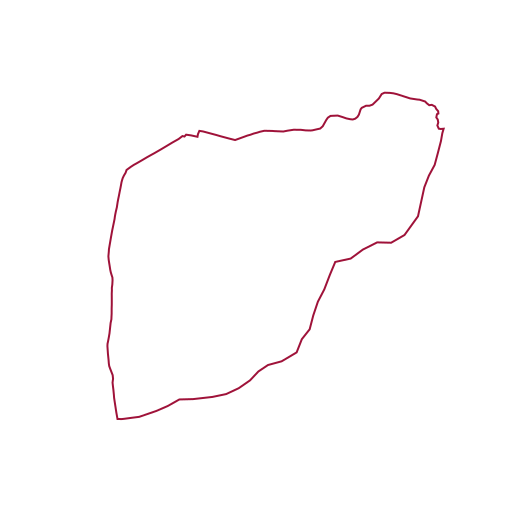 the district of Debubawi Mibrak, Maekel, Eritrea, rotated 15°
{"feature_id": "51966322B67298310056264", "entity_name": "Debubawi Mibrak", "entity_type": "district", "adm_level": 2, "iso_a3": "ERI", "parent_name": "Eritrea", "parent_adm1": "Maekel", "projection": "mercator", "projection_center": [38.948, 15.319], "detail": "fine", "context": "isolated", "style": "outline", "palette": "rose", "viewbox_px": 512, "rotation_deg": 15, "n_neighbors": 0, "source": "geoboundaries", "source_scale": "gbopen_adm2", "svg_char_len": 2404}
<svg xmlns="http://www.w3.org/2000/svg" viewBox="0 0 512 512"><g transform="rotate(15 256 256)"><path d="M391.9,67.2L390.3,65.3L386.7,64.5L384.3,65.5L381.5,64.3L379.4,63.0L373.5,62.7L371.3,63.1L364.1,63.9L350.2,63.2L346.6,63.3L343.1,63.8L337.9,65.0L335.5,67.0L333.9,72.1L329.4,79.6L326.7,81.5L323.4,82.4L319.8,85.5L319.1,87.2L318.8,92.8L318.0,95.4L316.3,97.7L314.1,99.1L311.5,99.5L307.7,99.7L303.7,99.4L298.6,99.2L294.5,100.5L291.7,101.4L289.6,103.8L288.7,106.3L287.5,111.0L286.9,113.4L285.0,116.3L282.1,117.8L278.0,120.0L276.1,120.7L271.5,121.8L266.7,122.5L259.7,124.3L254.0,126.8L250.1,128.7L241.5,130.6L239.3,131.0L231.6,132.9L227.6,135.0L225.3,136.5L222.1,138.3L219.1,140.4L216.5,141.9L214.4,143.4L205.8,149.4L199.8,149.5L194.9,149.5L190.7,149.5L186.5,149.4L182.1,149.4L176.1,149.4L172.6,149.4L168.9,149.8L168.4,153.3L168.6,156.0L162.1,156.3L157.1,156.9L156.0,159.1L153.9,159.2L151.0,163.0L145.8,168.1L136.8,177.4L135.2,179.0L131.1,183.1L129.0,185.1L125.2,188.8L121.0,193.1L116.7,197.4L114.4,199.6L111.9,202.4L108.7,206.4L108.5,209.3L107.6,212.5L107.1,215.2L107.0,217.5L107.0,219.6L107.3,223.1L107.5,225.8L107.6,227.7L107.8,230.7L108.0,233.5L108.2,237.0L108.4,239.7L109.0,245.1L109.1,249.2L109.3,252.3L109.5,254.5L109.8,256.8L110.0,259.9L110.5,268.6L111.1,275.7L112.2,287.5L112.7,289.9L113.5,294.5L114.7,297.8L115.7,300.1L117.4,303.9L118.8,307.1L120.0,309.4L121.1,311.2L122.9,314.0L123.7,316.5L124.6,320.8L125.0,324.1L125.7,326.5L126.4,329.7L127.1,332.2L128.4,337.0L129.3,340.4L130.1,343.8L131.5,349.1L132.2,352.4L132.7,354.6L132.9,358.3L134.5,368.6L134.9,372.9L135.2,377.0L135.3,379.2L135.8,381.5L138.3,388.8L140.5,394.6L141.7,398.0L142.7,400.3L144.3,402.6L148.4,408.2L149.7,411.6L150.2,415.4L151.4,418.5L152.9,422.2L154.7,427.0L155.6,429.6L157.2,433.3L159.4,438.3L161.5,443.1L163.0,446.3L164.4,449.3L168.7,448.2L171.0,447.3L177.7,444.5L184.8,441.6L199.8,431.5L209.5,423.8L219.1,414.4L232.3,410.5L250.4,403.4L262.9,397.1L273.5,388.2L282.4,377.7L288.2,366.9L295.8,358.2L308.0,351.1L320.2,338.6L321.8,324.5L326.8,312.9L326.7,298.7L327.6,284.1L330.6,270.6L332.2,255.3L334.1,241.2L348.1,234.0L357.6,222.1L369.5,211.5L383.1,208.2L394.0,197.3L402.2,175.7L400.8,146.1L402.2,133.6L405.0,121.8L405.0,109.4L404.9,97.2L404.2,89.2L404.3,84.5L401.6,85.5L399.6,85.7L397.4,83.0L397.5,79.9L396.2,77.1L394.3,75.5L394.1,72.2L395.3,71.2L394.5,69.0L391.9,67.2Z" fill="none" stroke="#9f1239" stroke-width="2"/></g></svg>